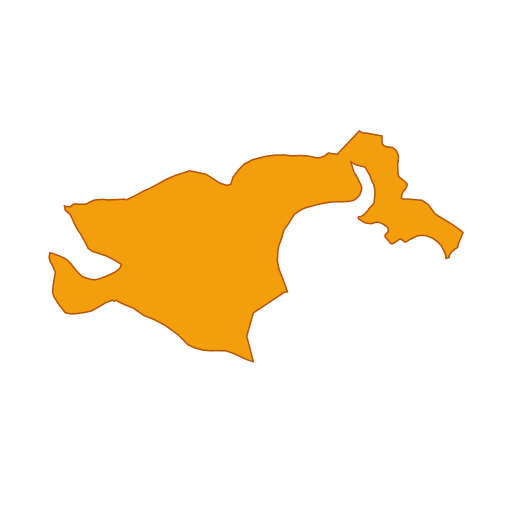 Monchy/La Borne, Dauphin, Saint Lucia, rotated 164°
{"feature_id": "8701671B33864037616544", "entity_name": "Monchy/La Borne", "entity_type": "district", "adm_level": 2, "iso_a3": "LCA", "parent_name": "Saint Lucia", "parent_adm1": "Dauphin", "projection": "natural_earth1", "projection_center": [-60.921, 14.047], "detail": "fine", "context": "isolated", "style": "filled", "palette": "amber", "viewbox_px": 512, "rotation_deg": 164, "n_neighbors": 0, "source": "geoboundaries", "source_scale": "gbopen_adm2", "svg_char_len": 6061}
<svg xmlns="http://www.w3.org/2000/svg" viewBox="0 0 512 512"><g transform="rotate(164 256 256)"><path d="M50.5,221.5L51.5,223.3L56.5,229.6L61.1,235.0L65.7,240.0L69.2,243.6L72.7,248.1L74.2,252.6L76.5,258.4L81.1,263.8L90.4,267.4L95.4,269.2L98.8,270.1L100.2,271.4L100.1,272.0L99.6,273.0L99.4,273.6L99.0,274.4L98.5,275.3L97.9,276.2L97.3,276.8L96.1,277.8L95.2,278.3L94.5,278.7L93.8,279.3L93.3,279.9L92.7,280.4L92.1,281.0L91.5,282.0L91.1,282.9L90.9,283.8L91.2,284.5L91.7,285.3L92.8,287.1L93.8,288.4L94.9,290.0L96.3,292.0L96.6,292.9L96.8,293.9L96.9,295.1L96.9,295.7L96.6,296.7L96.4,297.6L96.1,298.8L95.5,301.1L95.2,302.2L95.0,303.2L94.5,305.2L94.2,305.8L93.9,306.7L93.2,307.8L93.0,308.6L92.4,309.8L91.6,312.5L91.5,313.6L91.6,314.4L91.8,316.1L91.9,317.2L92.0,318.4L92.4,319.3L93.3,320.5L93.9,321.2L94.5,322.2L95.2,322.8L96.4,323.4L97.2,323.7L98.3,324.1L100.3,325.0L101.2,325.5L101.7,325.9L102.5,326.9L103.3,328.1L103.8,329.0L103.4,330.1L103.0,332.4L102.7,333.8L102.2,334.9L102.1,335.8L101.8,336.7L110.7,341.1L111.4,341.4L112.4,341.9L113.3,342.4L114.5,343.0L115.3,343.4L116.3,343.9L118.4,344.6L119.2,344.7L119.8,344.9L120.1,345.4L120.5,345.8L121.6,347.1L122.1,347.8L150.1,331.3L150.7,331.7L151.1,331.8L151.6,332.2L151.9,332.2L152.3,332.4L153.5,333.0L154.0,333.2L154.2,333.3L154.7,333.4L154.9,333.5L155.5,333.8L156.0,334.1L156.5,334.3L157.3,334.8L157.8,335.1L163.1,333.2L167.3,332.8L171.1,333.9L178.1,337.6L185.2,340.3L193.4,342.2L201.2,345.4L209.8,347.7L211.3,347.9L212.0,348.1L217.8,349.0L226.3,349.4L233.6,349.4L242.0,347.6L249.0,343.6L256.3,338.2L260.5,331.9L264.4,331.9L270.5,335.9L281.7,348.5L296.3,356.2L311.3,355.7L321.3,354.4L331.0,352.1L339.8,350.3L346.7,349.4L354.1,347.6L359.4,346.7L364.9,345.7L367.2,347.0L376.4,349.1L383.1,350.8L387.4,352.6L392.9,353.8L396.1,354.3L399.8,353.9L405.2,352.7L410.9,354.2L414.4,355.5L416.6,356.1L417.9,355.9L418.5,355.7L418.8,355.6L420.6,354.6L424.8,355.8L426.3,356.8L426.6,354.8L426.7,352.4L424.9,349.8L423.2,347.0L422.1,341.1L421.8,338.1L420.6,331.8L418.4,324.7L416.1,315.1L415.3,309.7L412.3,305.8L406.5,301.8L399.7,297.2L395.3,293.1L389.3,286.9L387.7,284.8L388.4,283.9L388.6,283.5L389.0,283.1L389.5,282.6L389.9,282.3L390.4,281.9L391.0,281.5L391.7,281.1L392.2,280.9L392.7,280.6L393.1,280.4L393.7,280.2L394.0,280.1L394.3,280.0L395.0,279.8L395.4,279.7L395.6,279.6L396.7,279.3L397.0,279.3L397.3,279.1L397.6,279.2L399.0,278.8L400.7,278.6L401.1,278.5L401.3,278.4L402.5,278.3L403.7,278.1L403.9,278.1L404.3,278.1L404.6,278.0L405.0,278.0L405.7,277.9L406.1,277.8L406.5,277.8L407.2,277.7L407.8,277.7L408.1,277.6L408.9,277.7L409.5,277.6L409.9,277.6L410.1,277.5L410.4,277.4L410.8,277.4L411.6,277.4L412.6,277.4L413.0,277.3L416.7,277.4L417.0,277.5L417.3,277.5L417.7,277.7L418.0,277.8L418.4,277.8L418.6,277.9L419.0,278.1L419.3,278.2L419.9,278.4L420.6,278.8L421.3,279.1L422.2,279.7L422.5,279.8L423.8,280.7L424.3,281.0L424.8,281.4L426.1,282.2L427.8,283.5L428.3,284.0L428.5,284.1L429.1,284.8L429.7,285.7L429.8,286.0L430.0,286.2L430.3,286.8L430.4,287.1L430.6,287.4L430.7,287.7L430.9,288.0L431.2,288.5L431.7,289.5L431.9,290.0L432.2,290.7L432.4,290.9L432.5,291.2L433.2,292.8L433.4,293.1L433.7,293.7L433.8,294.1L434.1,294.7L434.7,296.1L434.9,296.6L435.0,297.1L435.4,298.1L435.7,298.8L435.9,299.3L436.9,301.3L437.1,301.7L437.5,302.3L437.6,302.7L438.0,303.2L438.2,303.5L438.5,303.9L438.8,304.2L438.9,304.5L439.1,304.7L439.3,305.0L439.5,305.2L440.1,305.9L440.4,306.2L440.9,306.8L441.4,307.3L441.8,307.6L442.1,307.8L442.3,308.0L442.6,308.3L444.6,310.0L445.4,310.5L445.7,310.8L446.1,311.1L446.3,311.2L447.0,311.8L447.6,312.3L448.5,312.9L448.9,313.2L449.7,313.8L450.1,314.1L450.6,314.4L451.1,314.7L451.8,315.0L453.3,315.9L455.3,311.6L455.3,307.5L454.1,302.1L453.4,295.4L456.5,289.1L459.1,283.7L461.5,277.3L461.5,272.4L458.8,263.4L454.9,253.9L449.5,251.2L443.4,249.9L436.4,249.0L429.5,248.5L419.5,250.8L413.3,252.6L406.0,253.0L404.9,251.7L402.8,251.9L396.0,245.6L388.4,239.8L380.1,229.6L371.8,223.3L362.3,214.2L352.9,202.2L348.9,195.3L345.7,189.2L340.3,184.6L332.7,180.0L326.5,177.7L318.7,175.5L311.2,173.2L305.5,169.3L299.4,164.3L295.8,160.9L292.1,158.0L287.7,155.2L287.0,181.5L274.3,202.0L239.1,213.2L235.6,213.0L236.0,219.6L236.8,230.0L237.5,237.0L236.8,245.6L233.4,255.2L231.2,259.5L226.4,266.1L221.9,273.4L216.3,277.8L213.0,280.8L207.4,285.6L202.6,287.3L196.7,288.6L182.2,288.6L173.7,287.8L165.5,286.5L158.1,284.3L152.1,283.0L146.6,282.6L142.1,284.3L139.1,286.5L136.9,289.5L135.4,293.0L135.8,296.5L137.3,305.1L138.8,309.5L138.8,320.4L136.8,318.3L136.6,317.9L135.0,316.4L132.4,314.6L129.3,312.9L127.8,312.0L127.0,311.4L126.6,310.8L125.0,304.6L124.5,302.7L124.3,301.2L124.2,299.4L124.2,298.3L123.6,294.8L123.2,292.1L123.2,290.7L123.3,289.0L123.5,287.7L123.7,286.6L124.3,283.7L125.0,281.8L125.8,279.8L126.6,277.8L127.5,275.6L127.9,274.8L128.3,274.4L129.1,273.4L131.1,272.2L132.3,271.6L133.3,271.0L134.4,270.3L135.4,269.4L136.6,268.5L138.9,267.0L141.4,265.9L143.7,265.1L144.4,265.1L145.1,265.2L145.7,265.3L146.2,265.4L146.7,265.2L147.0,265.0L147.2,264.4L147.2,263.9L146.9,263.2L146.1,262.4L145.0,261.0L142.9,258.6L142.1,258.0L141.0,257.3L139.6,256.6L138.6,256.2L137.2,255.6L136.0,255.3L135.0,255.2L134.1,255.2L132.9,255.4L131.2,255.3L129.6,254.9L128.5,254.4L127.5,253.7L126.8,253.2L124.3,250.9L123.4,249.7L122.4,248.4L121.8,247.4L121.5,246.6L121.5,245.2L121.7,244.4L122.0,243.4L122.3,242.9L123.2,242.2L125.1,241.5L125.8,240.8L126.5,240.0L126.6,239.1L126.4,238.1L125.7,236.8L125.2,235.7L124.4,234.3L124.1,233.7L123.8,232.5L123.5,231.8L123.2,231.1L122.4,230.3L121.4,230.1L117.5,231.1L114.4,232.1L113.5,232.5L112.7,232.5L112.0,232.2L111.7,231.7L110.9,231.0L110.1,229.7L109.6,228.9L109.0,228.4L108.1,228.2L104.0,229.3L100.8,229.9L95.3,230.8L93.8,230.7L91.6,230.3L89.2,229.5L86.7,228.5L85.0,227.3L82.2,225.2L80.2,223.1L78.6,221.0L77.4,219.2L75.8,216.3L74.8,214.0L74.7,213.5L73.9,208.7L73.4,205.9L73.5,204.3L74.0,201.2L70.6,201.4L70.6,202.5L70.3,203.1L69.7,203.6L68.9,204.4L68.2,205.0L67.2,205.6L66.3,206.2L63.3,207.7L61.6,208.2L60.9,208.4L60.0,208.6L59.4,209.1L59.2,209.6L59.2,210.6L50.5,221.5Z" fill="#f59e0b" stroke="#b45309" stroke-width="1.5"/></g></svg>